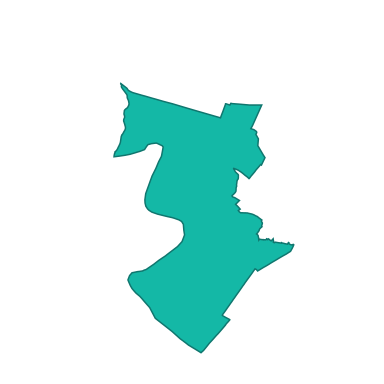 Turcoaia, Tulcea, Romania, rotated 320°
{"feature_id": "2599482B2889768165110", "entity_name": "Turcoaia", "entity_type": "district", "adm_level": 2, "iso_a3": "ROU", "parent_name": "Romania", "parent_adm1": "Tulcea", "projection": "natural_earth1", "projection_center": [28.197, 45.114], "detail": "fine", "context": "isolated", "style": "filled", "palette": "teal", "viewbox_px": 384, "rotation_deg": 320, "n_neighbors": 0, "source": "geoboundaries", "source_scale": "gbopen_adm2", "svg_char_len": 5927}
<svg xmlns="http://www.w3.org/2000/svg" viewBox="0 0 384 384"><g transform="rotate(320 192 192)"><path d="M95.6,320.9L99.0,320.8L102.2,320.2L106.7,319.3L108.0,319.0L108.9,318.9L113.6,318.3L118.7,317.5L120.0,317.4L121.5,317.2L128.4,316.1L131.9,315.5L131.9,315.4L132.0,315.4L133.6,315.0L136.7,314.6L138.3,314.3L138.7,314.2L138.8,314.2L138.8,313.9L138.8,313.7L138.2,312.2L137.2,309.8L136.4,307.6L136.1,306.8L136.0,306.2L136.0,305.9L136.4,305.7L137.0,305.5L139.4,304.9L142.2,304.2L144.3,303.6L148.2,302.6L149.9,302.1L151.6,301.7L153.7,301.1L155.5,300.6L156.5,300.4L159.3,299.6L163.3,298.6L166.6,297.7L168.9,297.1L170.2,296.7L172.0,296.3L172.4,296.2L174.4,295.6L177.2,294.9L183.3,293.4L186.1,292.7L188.6,292.0L190.2,291.6L190.9,291.4L191.3,292.3L191.4,292.7L191.5,292.9L191.5,293.2L191.5,293.6L191.5,294.1L191.5,294.7L192.3,294.8L193.5,295.0L198.2,295.7L200.7,296.2L205.0,296.9L205.4,296.9L208.6,297.4L212.6,298.1L216.6,298.7L219.5,299.2L221.7,299.6L224.1,300.1L228.8,300.7L229.1,300.8L229.3,300.8L229.6,300.7L232.7,299.5L234.4,298.7L236.0,297.9L235.9,297.2L235.7,297.1L235.2,297.0L234.7,296.9L234.3,296.5L233.6,295.5L233.1,294.4L233.1,293.8L233.6,293.4L233.4,292.7L231.6,293.3L230.1,291.5L229.5,290.6L229.0,289.9L228.5,289.4L228.0,288.3L227.6,288.6L225.8,286.6L224.0,284.5L223.8,284.3L223.3,283.7L222.7,283.9L222.5,283.7L222.2,283.3L222.0,282.7L222.5,282.2L222.8,282.0L223.1,281.7L223.5,280.9L223.8,280.5L224.1,280.0L222.5,280.2L221.4,280.3L221.3,280.2L221.2,280.2L221.0,279.7L220.7,278.1L220.5,277.1L219.4,277.2L219.3,276.9L219.7,276.8L219.2,275.8L217.8,276.1L217.2,275.5L216.0,274.6L215.9,274.1L215.4,273.9L214.9,273.3L214.2,272.6L213.5,271.5L212.3,271.8L212.8,271.0L213.2,270.4L213.4,270.1L213.7,269.7L214.1,268.7L214.6,268.0L214.7,267.3L214.6,265.9L214.5,265.6L216.3,265.4L217.2,265.0L217.7,265.0L218.0,264.9L218.7,264.6L219.4,264.1L220.0,263.9L220.4,263.7L223.2,263.6L223.1,263.2L223.5,262.8L223.9,262.5L224.5,262.1L225.6,261.4L225.8,261.1L226.0,260.9L226.1,260.4L226.2,259.5L226.4,259.3L226.5,259.1L226.6,258.7L227.5,258.4L226.6,254.6L226.3,252.8L225.3,250.8L225.0,249.8L224.1,248.0L223.2,246.7L221.9,245.0L220.8,243.5L218.5,241.5L217.0,240.1L215.9,239.2L215.5,237.8L215.5,236.0L217.9,236.1L217.8,232.6L217.5,229.5L222.9,229.0L221.1,223.7L220.3,222.5L220.0,221.6L220.1,220.9L220.4,220.5L221.0,220.5L223.1,220.4L224.6,220.2L225.6,219.9L226.2,219.6L227.0,218.8L228.0,217.7L228.4,217.2L228.7,217.0L229.2,216.7L229.6,216.5L229.9,216.3L230.2,215.9L230.8,215.1L230.9,214.9L231.3,214.6L232.0,214.0L232.9,213.1L233.6,212.5L234.1,212.2L234.6,211.9L235.4,211.8L235.8,211.6L236.7,210.9L237.0,210.4L237.2,210.2L237.7,209.7L238.4,208.9L238.5,208.6L238.6,208.1L238.5,207.5L238.3,205.8L238.2,204.3L238.3,203.7L238.7,202.8L238.6,201.8L239.0,200.7L239.0,200.2L239.6,201.6L240.1,202.3L241.5,205.2L242.0,207.0L242.1,207.3L242.3,207.9L242.6,209.1L242.8,210.0L243.0,211.1L243.4,213.5L243.6,214.3L244.0,216.0L244.3,218.4L244.8,218.4L245.7,218.2L248.3,217.6L248.8,217.6L249.4,217.5L249.9,217.4L253.2,216.8L255.1,216.3L256.9,216.0L258.2,215.8L260.6,215.4L262.2,215.1L262.5,216.0L270.0,212.6L270.4,209.4L272.2,198.8L277.0,194.0L278.0,188.9L279.6,188.2L280.1,187.7L280.2,186.8L279.5,184.0L277.8,181.3L280.9,180.1L301.3,170.2L291.8,162.2L291.3,161.7L289.3,159.7L285.5,155.9L284.4,154.8L281.9,152.4L280.7,151.2L279.5,150.0L279.3,149.8L279.0,149.3L278.9,149.1L278.7,149.0L278.4,149.1L278.0,149.3L277.5,149.6L277.2,149.7L276.9,149.7L276.4,148.9L275.0,146.7L274.7,146.2L274.4,146.0L274.2,146.2L273.8,146.5L273.4,146.7L272.2,147.4L271.3,147.9L267.0,150.4L264.4,151.8L263.0,152.6L261.5,153.5L260.5,152.0L245.8,130.1L242.4,125.0L233.7,111.8L230.8,107.7L228.0,103.7L223.9,97.6L221.7,94.4L217.7,88.4L215.8,85.7L214.0,83.0L211.5,79.3L210.5,77.8L209.9,76.6L209.1,74.7L208.7,73.6L208.6,73.3L208.6,72.6L208.7,71.7L208.8,71.1L208.8,70.5L207.9,66.3L207.2,63.1L206.9,63.3L206.8,63.8L206.7,65.1L206.1,65.4L205.7,65.8L205.4,66.3L205.1,68.3L205.0,70.5L204.9,72.2L204.8,73.6L204.7,75.3L204.4,76.2L204.2,76.7L204.0,76.9L203.8,77.1L203.5,77.5L203.3,77.7L203.0,78.2L202.7,78.9L202.4,80.1L202.2,80.8L202.1,81.0L201.6,82.1L200.4,84.1L200.1,84.3L199.8,84.5L199.0,85.0L198.1,85.4L198.0,85.5L196.6,85.9L196.0,85.9L194.6,85.8L193.4,85.9L192.6,86.1L191.0,87.6L190.5,88.0L189.9,88.8L189.6,89.2L189.7,89.5L189.5,89.9L189.0,90.7L188.7,91.1L188.5,91.4L188.2,91.6L187.8,91.8L187.0,92.2L186.3,92.6L185.9,93.0L185.4,93.5L185.1,94.0L185.0,94.4L184.0,96.8L183.3,98.3L182.8,99.4L182.4,99.9L182.0,100.4L181.6,100.7L181.2,101.0L180.7,101.3L180.2,101.5L179.4,101.8L178.4,102.1L177.5,102.5L176.2,103.0L175.5,103.1L175.3,103.1L175.1,103.1L174.9,103.3L174.6,103.5L174.2,103.6L173.5,104.0L172.9,104.5L171.9,105.4L169.2,107.8L168.6,108.2L168.0,108.6L167.4,108.9L167.1,109.1L166.7,109.2L166.2,109.5L164.5,110.2L162.8,111.0L162.1,111.3L161.8,111.4L161.4,111.5L160.8,111.6L160.3,111.7L159.6,111.8L159.1,111.9L158.9,111.9L158.7,111.8L158.3,112.3L158.2,112.5L157.5,112.7L156.7,113.3L155.8,114.0L154.9,114.9L159.4,117.8L164.3,120.8L168.8,123.3L174.3,125.7L175.8,126.3L178.0,127.3L182.9,129.0L186.1,128.0L188.7,127.4L192.0,128.9L195.4,131.1L196.2,131.7L196.7,132.6L198.9,137.4L198.8,139.0L195.5,141.8L192.7,144.1L191.4,145.1L185.9,147.4L179.5,150.7L171.7,154.1L167.0,156.8L165.3,157.8L161.0,160.3L155.5,163.5L150.9,167.7L149.0,170.2L147.5,173.2L147.1,176.4L147.3,178.4L148.3,181.6L151.4,186.8L155.6,192.6L157.3,194.9L160.3,198.8L161.3,200.3L164.1,205.0L165.1,207.9L164.6,211.2L161.2,216.0L158.7,220.1L152.5,223.6L145.8,224.5L132.5,223.9L130.7,223.9L127.2,223.5L122.4,223.0L116.3,222.8L109.3,222.1L107.1,221.9L104.8,221.0L103.8,220.8L103.4,220.7L100.6,219.0L99.3,218.1L94.1,215.3L90.5,215.9L87.4,217.6L86.4,218.2L85.5,221.0L84.6,224.1L84.0,227.4L84.0,230.9L84.1,233.5L84.4,235.2L85.0,238.5L85.0,239.1L85.1,241.4L85.1,242.8L85.1,245.0L85.3,253.4L85.1,254.2L82.7,265.2L85.5,278.4L87.1,286.1L88.6,296.8L90.1,303.1L90.9,307.0L93.5,314.6L95.6,320.9Z" fill="#14b8a6" stroke="#0f766e" stroke-width="1.5"/></g></svg>